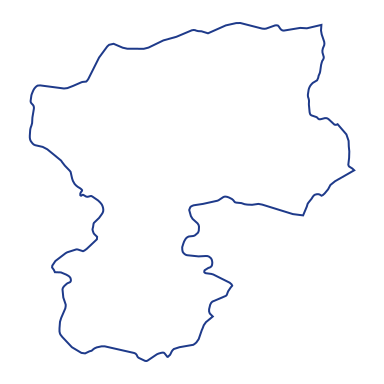 map outline of Bamyan (Equal Earth projection)
{"feature_id": "AFG-1743", "entity_name": "Bamyan", "entity_type": "Province", "adm_level": 1, "iso_a3": "AFG", "parent_name": "Afghanistan", "parent_adm1": "", "projection": "equal_earth", "projection_center": [67.218, 34.704], "detail": "fine", "context": "isolated", "style": "outline", "palette": "blue", "viewbox_px": 384, "rotation_deg": 0, "n_neighbors": 0, "source": "natural_earth", "source_scale": "10m", "svg_char_len": 4531}
<svg xmlns="http://www.w3.org/2000/svg" viewBox="0 0 384 384"><path d="M212.8,316.5L206.0,322.1L203.8,325.2L202.5,328.6L201.8,330.1L198.7,339.1L196.4,342.4L194.9,343.7L193.3,344.8L179.5,347.2L173.9,349.0L173.0,349.8L172.3,350.6L171.7,351.5L170.4,354.2L169.9,355.0L168.7,356.0L168.2,356.6L167.8,356.9L167.3,356.8L164.8,353.6L164.1,352.9L163.7,352.7L162.8,352.6L161.3,352.8L158.5,353.6L156.9,354.3L147.4,360.7L146.4,361.0L145.1,360.9L138.8,357.9L138.0,357.3L137.7,356.9L137.3,356.3L136.9,355.3L136.3,354.4L135.5,353.6L134.2,353.0L104.6,346.3L101.7,346.3L96.7,347.4L94.5,348.4L93.0,349.5L92.3,350.2L91.5,350.8L89.5,351.3L85.1,353.4L81.4,352.9L71.9,347.2L62.3,337.0L60.6,334.8L60.0,333.7L59.5,331.5L59.5,328.4L60.0,321.8L61.2,317.9L65.3,308.4L65.7,306.1L65.7,304.6L63.3,297.5L62.5,289.4L62.8,288.2L63.4,287.1L64.4,285.9L66.7,283.8L67.6,283.2L69.3,282.5L70.1,282.1L70.6,281.5L70.9,280.6L70.8,279.3L70.5,278.1L69.5,276.7L68.3,275.8L66.2,274.6L60.9,272.4L54.9,272.2L53.8,269.8L52.1,267.5L52.2,266.4L52.3,265.6L55.4,261.0L65.6,253.2L67.2,252.3L76.3,249.4L77.0,249.4L77.8,249.5L83.0,251.2L84.5,250.5L86.7,248.9L96.9,239.3L97.1,236.8L94.2,234.0L93.5,232.9L92.7,230.5L92.5,229.3L93.1,226.8L93.5,224.1L93.6,223.6L94.0,222.8L99.1,217.9L101.7,214.3L102.7,212.7L103.2,211.2L103.3,209.7L103.1,208.1L102.6,206.3L101.8,204.5L100.1,202.4L98.0,200.4L92.3,196.5L91.2,196.0L90.4,196.1L88.1,196.7L87.4,196.8L86.8,196.7L86.2,196.6L83.3,194.9L82.9,194.8L82.5,194.9L81.2,195.7L80.7,195.6L80.3,195.2L80.3,193.6L80.8,192.4L82.0,190.8L82.1,190.2L81.5,189.4L80.3,188.4L77.7,186.8L76.1,185.5L74.6,183.9L72.9,180.9L72.1,178.5L70.6,171.9L69.7,170.7L64.8,165.6L62.1,162.1L61.5,161.2L61.1,160.6L47.3,149.3L42.7,146.9L35.2,145.2L33.7,144.5L32.6,143.5L32.2,143.0L30.9,141.3L30.4,140.3L30.0,139.0L29.8,137.5L29.8,135.7L30.2,129.9L30.5,128.3L30.9,127.0L31.4,125.7L32.1,123.1L32.4,117.6L33.9,108.6L33.9,107.2L33.6,106.0L33.0,105.0L31.5,103.4L31.0,102.7L30.7,101.9L30.6,101.0L31.4,95.3L31.8,94.0L32.9,91.3L33.6,89.8L34.4,88.5L35.6,87.1L36.5,86.3L37.6,85.6L40.2,85.4L64.0,88.5L67.4,88.1L73.1,85.9L81.6,82.2L82.8,81.9L86.1,81.6L87.1,80.7L88.3,79.0L99.1,57.5L107.3,46.4L109.1,44.8L113.6,43.8L122.7,47.7L127.2,48.7L143.8,48.8L148.5,47.6L163.4,40.4L176.4,36.8L191.8,30.3L193.7,30.0L195.2,30.2L196.1,30.6L198.1,31.1L201.5,31.3L208.0,33.3L225.8,25.4L236.1,23.1L240.3,23.0L262.2,28.6L264.3,28.8L266.1,28.6L275.1,25.4L276.8,25.3L278.0,25.6L278.8,26.5L280.2,28.6L281.1,29.6L282.4,30.4L283.8,30.6L300.2,27.9L306.9,28.3L321.4,24.9L321.0,30.5L321.7,34.4L324.2,41.8L324.4,43.6L324.2,45.2L322.9,48.3L322.4,50.6L322.5,52.6L323.8,57.1L323.6,58.5L323.0,59.8L322.3,60.8L321.7,62.6L321.1,64.9L320.2,71.3L319.8,73.0L318.6,75.8L318.2,77.8L317.1,80.3L312.8,82.9L311.9,83.8L310.7,85.2L309.9,86.4L309.0,88.4L308.6,89.9L307.9,94.6L307.9,95.9L308.1,97.1L308.5,98.2L308.8,99.4L309.0,100.7L309.0,102.0L308.9,103.4L308.9,104.7L309.6,112.1L310.0,113.8L310.6,114.8L311.5,115.4L316.5,117.1L317.1,117.5L317.6,118.1L318.2,118.7L319.0,119.2L320.0,119.3L321.1,119.1L325.0,118.1L326.2,118.1L327.3,118.4L328.5,119.1L334.3,124.5L335.1,124.8L335.9,124.8L336.6,124.7L337.6,124.2L346.4,134.4L348.6,140.9L348.8,146.5L349.3,151.4L349.1,158.0L348.3,164.7L348.7,165.9L349.1,166.5L352.3,168.5L354.2,170.3L335.1,181.2L330.4,185.0L328.1,189.3L324.6,193.5L322.8,195.1L321.5,195.7L319.6,194.5L318.4,194.2L316.9,194.2L315.0,194.7L313.8,195.5L312.7,196.9L311.6,198.7L308.3,202.8L307.6,203.9L306.8,206.6L303.1,215.4L292.9,214.1L262.2,204.6L258.4,203.9L252.1,204.8L247.3,204.6L244.6,204.2L241.4,203.1L236.2,202.6L234.9,202.2L234.1,201.3L233.3,200.2L231.9,199.0L228.7,197.4L226.9,196.8L225.3,196.6L224.3,196.7L223.3,197.1L218.6,200.2L217.5,200.7L203.0,203.9L193.7,205.3L192.3,205.8L190.7,206.7L190.1,207.6L189.2,210.0L190.9,216.1L192.6,218.9L197.6,223.4L198.6,225.0L199.0,226.7L198.8,230.5L198.4,231.8L197.9,232.8L195.0,235.3L194.2,235.7L193.2,236.0L188.8,236.5L187.7,237.0L186.7,237.7L185.8,238.6L185.0,239.9L184.1,241.5L183.3,243.7L182.2,247.2L182.3,249.9L182.7,251.8L183.6,253.1L184.7,254.1L185.8,254.8L187.0,255.2L198.6,256.4L205.9,256.0L207.6,256.1L209.1,256.7L210.8,258.1L211.7,259.5L212.1,261.1L212.3,262.5L212.2,263.9L212.0,265.1L211.6,266.0L211.1,266.6L210.4,267.1L209.8,267.5L208.4,267.9L204.7,270.2L204.3,271.1L204.3,272.2L204.9,272.8L205.8,273.2L211.2,273.9L213.3,274.5L229.7,282.7L231.6,284.4L232.2,285.7L230.6,287.6L228.2,291.2L227.7,292.4L226.9,294.6L226.5,295.3L225.8,295.9L212.4,301.6L211.2,302.8L210.2,304.7L209.1,309.2L209.1,311.5L209.8,313.5L212.8,316.5Z" fill="none" stroke="#1e3a8a" stroke-width="2"/></svg>